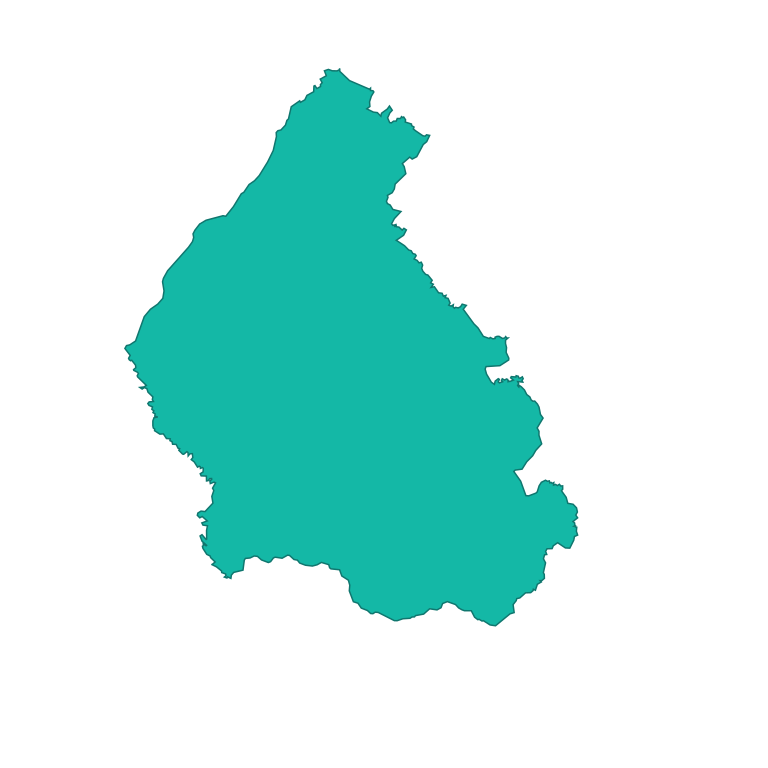 Kuningan, Jawa Barat, Indonesia, rotated 31°
{"feature_id": "22746128B44289127403365", "entity_name": "Kuningan", "entity_type": "district", "adm_level": 2, "iso_a3": "IDN", "parent_name": "Indonesia", "parent_adm1": "Jawa Barat", "projection": "orthographic", "projection_center": [108.582, -6.988], "detail": "fine", "context": "isolated", "style": "filled", "palette": "teal", "viewbox_px": 768, "rotation_deg": 31, "n_neighbors": 0, "source": "geoboundaries", "source_scale": "gbopen_adm2", "svg_char_len": 6158}
<svg xmlns="http://www.w3.org/2000/svg" viewBox="0 0 768 768"><g transform="rotate(31 384 384)"><path d="M589.6,379.3L588.0,380.4L586.0,379.6L584.9,381.8L582.8,381.7L581.4,383.3L580.3,381.0L579.3,382.6L577.9,382.3L577.1,383.3L575.6,381.9L574.2,383.2L572.0,383.3L569.5,387.2L569.4,391.4L570.9,397.5L570.4,399.3L565.6,405.4L563.1,406.6L551.2,396.9L540.3,392.1L540.8,390.2L546.2,385.9L546.4,377.1L548.4,368.9L548.3,362.8L550.0,354.1L543.2,348.1L541.2,344.7L537.9,342.8L537.9,331.3L533.8,329.5L528.8,324.0L525.9,322.2L522.0,321.0L520.4,322.1L518.2,321.8L515.8,320.0L511.8,319.5L507.5,316.8L503.2,315.7L500.6,315.5L501.1,317.1L499.3,316.5L499.2,314.3L497.3,313.1L502.0,310.9L500.4,309.8L500.6,307.8L498.9,306.6L497.6,309.0L496.2,309.3L495.2,308.2L493.0,308.8L493.4,310.1L489.3,312.1L489.4,313.5L492.9,314.0L490.5,317.1L489.4,317.1L489.2,318.0L487.7,316.4L486.4,316.6L485.3,318.5L482.7,318.6L482.9,320.6L484.5,321.0L482.4,323.6L480.9,323.4L480.5,320.6L479.2,320.6L477.8,324.3L478.8,327.4L475.1,327.2L466.8,322.7L463.0,319.1L462.5,316.5L473.9,308.6L478.5,299.2L477.7,297.6L472.4,294.0L470.3,289.7L467.3,286.7L465.6,283.8L466.6,280.7L465.5,281.4L463.9,280.7L463.7,282.5L462.1,283.9L458.0,283.9L456.3,285.0L455.1,286.7L455.8,287.7L454.1,289.2L451.1,289.4L450.8,290.8L444.6,292.0L435.7,287.5L430.0,286.1L413.4,279.1L414.1,274.2L409.9,275.3L409.8,278.3L408.4,280.6L405.9,281.4L405.3,282.8L403.3,282.2L402.6,280.4L401.4,282.7L398.9,283.1L399.0,280.6L394.8,277.6L391.9,278.5L391.5,276.1L389.6,278.1L387.1,276.3L383.8,277.7L377.1,274.7L374.6,277.0L374.9,273.1L371.9,273.3L371.9,270.3L365.5,268.0L363.2,268.6L359.2,267.3L356.7,265.4L355.9,262.2L353.2,260.4L351.6,262.1L348.7,261.0L345.4,261.3L345.5,257.5L344.1,256.7L341.4,257.3L338.7,255.8L336.1,256.4L330.4,254.9L320.5,254.5L324.2,246.4L323.8,240.4L320.9,240.3L320.3,242.7L316.0,241.8L313.7,242.8L312.1,241.1L311.5,241.9L312.7,243.7L310.6,242.6L309.8,243.5L308.0,242.8L307.7,236.9L309.7,227.4L301.7,229.8L297.1,227.4L294.0,227.6L292.0,226.1L291.3,222.0L289.8,220.6L292.5,215.8L292.4,211.5L290.6,206.9L294.4,192.5L289.4,187.3L286.2,185.6L289.2,176.3L292.3,176.7L295.0,172.3L294.3,158.5L295.8,154.3L295.1,147.4L292.1,148.5L291.6,150.4L289.5,151.2L280.8,150.7L277.8,150.3L277.4,148.3L274.7,148.3L273.6,147.0L267.3,148.5L266.4,146.4L263.4,145.0L263.0,145.9L261.3,145.8L261.4,147.9L258.6,149.6L259.1,152.3L256.8,153.8L255.8,156.4L254.2,157.0L250.0,154.0L249.4,148.6L250.1,145.1L245.5,142.9L245.2,146.6L242.4,153.2L243.4,156.1L238.5,154.8L234.9,156.4L227.5,157.0L229.0,153.4L226.3,149.6L224.9,143.8L224.9,138.9L223.5,138.3L221.3,139.4L220.1,137.4L219.7,138.8L198.2,141.7L185.1,138.8L183.5,136.3L183.8,137.8L182.5,139.8L178.3,142.2L174.3,143.0L171.6,146.2L175.8,149.5L172.3,155.5L175.8,157.6L175.3,160.1L176.4,161.7L174.3,165.3L171.1,163.8L170.5,164.7L173.2,169.7L169.3,176.3L169.8,181.2L167.3,185.6L165.9,184.7L161.7,194.1L165.6,206.0L165.0,208.0L166.2,212.9L164.8,219.4L162.6,221.5L162.1,224.0L164.4,227.4L168.8,240.9L169.9,253.5L169.7,269.5L168.3,276.5L165.6,282.5L165.1,291.9L163.7,294.4L163.6,309.5L162.0,321.7L159.3,322.7L147.1,335.3L143.6,341.8L142.7,349.6L143.0,353.7L145.4,356.4L146.5,360.6L146.0,367.4L140.2,398.4L140.5,407.0L141.5,410.4L147.5,417.5L150.3,424.5L148.9,432.1L145.3,440.2L143.8,449.7L148.9,475.1L145.9,481.4L143.5,483.7L143.6,487.0L151.7,490.2L151.8,493.5L153.0,494.4L154.8,494.6L155.6,493.6L161.3,495.8L162.9,497.9L161.9,500.6L162.5,501.2L166.8,500.9L168.1,501.6L168.2,504.0L169.1,504.8L181.0,507.6L179.7,510.2L176.5,512.7L179.3,512.9L180.4,510.5L183.1,510.1L186.0,512.6L192.5,514.1L193.4,516.6L195.4,517.7L191.9,520.3L191.6,522.4L193.6,523.4L197.3,522.8L198.1,525.3L200.5,525.5L200.7,527.5L203.2,527.5L204.1,529.6L207.1,528.8L204.2,531.4L204.9,534.7L207.3,538.7L208.9,540.5L210.6,540.7L211.4,542.2L217.7,542.4L220.6,540.4L225.6,542.8L229.0,541.1L229.7,542.8L232.0,542.6L233.8,544.5L237.0,542.8L240.5,545.1L242.2,544.7L242.3,546.5L247.4,547.8L248.5,547.4L249.9,543.5L251.3,543.7L253.2,546.5L253.6,543.8L255.6,542.4L258.0,545.5L257.7,548.1L261.4,548.5L267.0,551.3L268.0,549.6L269.0,549.5L270.1,550.9L271.3,549.2L272.5,549.3L274.2,552.5L272.7,555.6L274.6,556.9L279.2,554.4L281.8,558.5L283.0,557.5L283.3,554.8L284.9,553.8L285.5,554.6L284.6,556.7L286.4,558.8L288.9,555.6L290.5,555.5L290.7,561.6L293.0,563.0L294.3,569.0L298.7,574.2L296.3,585.5L292.6,587.2L290.9,590.5L291.6,592.7L295.0,593.6L296.4,591.2L303.0,592.4L299.4,596.9L301.5,598.2L305.7,596.4L307.3,600.9L311.9,608.3L311.6,608.9L305.6,606.9L304.6,609.0L309.0,612.5L315.0,613.6L314.8,614.3L311.3,614.0L312.4,615.4L311.9,616.6L313.5,618.2L319.8,621.3L323.6,621.0L324.8,622.1L330.9,623.5L329.6,627.4L328.8,627.5L334.5,627.0L341.0,627.9L342.0,629.2L346.1,628.4L347.3,629.7L346.6,631.7L349.3,631.2L349.2,629.9L352.9,629.5L351.6,626.4L352.2,622.9L359.0,616.2L355.0,607.0L355.0,604.9L358.8,602.1L361.3,598.3L364.3,596.9L369.6,597.9L376.8,596.6L378.3,594.7L378.8,590.1L379.9,588.5L386.4,585.8L389.5,580.4L391.3,579.6L397.2,580.8L400.5,579.6L403.9,580.9L410.0,579.8L416.4,576.9L419.8,573.4L422.2,569.2L429.7,567.3L432.0,569.5L433.7,569.8L441.6,566.1L446.7,570.3L454.5,570.5L458.3,574.1L460.8,579.2L469.9,586.4L474.6,585.3L479.9,587.8L486.4,586.7L490.8,587.6L492.8,586.6L494.0,584.1L496.7,582.8L514.8,581.5L517.2,580.1L521.1,575.5L527.0,571.4L528.0,569.3L530.1,567.9L530.3,566.3L536.5,560.8L538.9,553.2L545.8,550.3L548.1,546.4L547.3,542.0L550.4,537.9L558.9,536.2L563.3,537.5L567.1,537.4L569.7,536.9L575.6,533.4L581.7,537.2L585.8,537.7L586.7,536.7L590.1,536.7L591.1,535.7L599.0,535.9L604.1,533.8L610.4,516.1L613.3,512.9L608.3,506.6L608.9,501.6L608.3,499.6L610.6,497.4L612.9,490.1L617.2,487.3L618.2,484.3L617.7,483.0L620.0,482.8L618.6,476.7L620.8,472.7L619.1,472.1L620.5,471.3L621.6,468.0L619.4,464.6L617.8,463.7L614.6,454.1L610.7,451.7L609.6,447.7L611.3,446.3L608.7,444.2L608.6,441.3L612.9,438.5L612.4,435.5L614.6,430.6L623.9,431.1L627.8,429.0L627.1,420.2L625.8,416.6L627.8,413.8L624.7,411.1L623.0,407.5L621.8,408.0L621.3,407.0L620.2,407.8L620.5,406.9L618.9,404.9L616.8,404.6L618.9,399.0L615.9,397.6L615.7,394.1L612.8,391.0L608.0,389.7L603.0,391.6L598.5,387.3L591.1,384.1L591.4,382.2L589.6,379.3Z" fill="#14b8a6" stroke="#0f766e" stroke-width="1.5"/></g></svg>